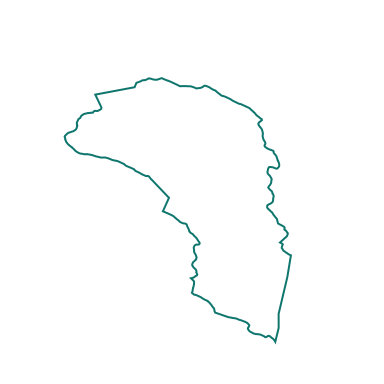 outline of San Isidro, Heredia, Costa Rica, rotated 295°
{"feature_id": "36466004B23001731443143", "entity_name": "San Isidro", "entity_type": "district", "adm_level": 2, "iso_a3": "CRI", "parent_name": "Costa Rica", "parent_adm1": "Heredia", "projection": "equal_earth", "projection_center": [-84.042, 10.03], "detail": "fine", "context": "isolated", "style": "outline", "palette": "teal", "viewbox_px": 384, "rotation_deg": 295, "n_neighbors": 0, "source": "geoboundaries", "source_scale": "gbopen_adm2", "svg_char_len": 5947}
<svg xmlns="http://www.w3.org/2000/svg" viewBox="0 0 384 384"><g transform="rotate(295 192 192)"><path d="M239.4,63.2L230.4,74.1L229.1,74.6L227.5,73.8L227.3,73.5L225.8,72.5L225.0,71.1L224.8,70.4L224.3,69.4L223.3,68.8L222.4,68.8L221.9,68.5L221.5,67.6L220.9,66.8L220.9,66.4L220.0,65.4L220.0,65.1L219.2,63.7L218.9,63.5L217.1,61.2L215.6,60.2L215.1,60.0L214.7,59.6L214.2,59.6L213.7,59.4L212.0,59.4L210.0,58.3L206.1,58.3L205.0,59.0L204.7,59.1L204.2,59.4L204.1,59.7L203.5,59.8L203.2,60.2L202.0,60.2L201.5,60.4L199.8,60.4L197.2,59.0L196.0,57.7L194.9,56.6L194.7,56.3L194.2,55.9L193.5,55.0L192.3,54.3L189.3,53.2L188.4,53.2L188.1,53.6L187.8,53.6L186.6,54.7L186.3,54.7L185.9,55.2L185.6,55.3L185.3,55.8L185.1,56.0L184.0,57.2L183.7,58.1L183.3,58.5L182.7,60.1L182.6,60.8L182.3,61.4L182.3,61.8L182.1,62.3L182.0,63.0L181.8,64.0L181.8,64.4L181.5,64.7L181.1,66.3L179.9,69.2L179.9,69.9L179.7,70.4L179.5,73.4L179.8,75.2L180.4,76.8L180.6,78.2L181.2,79.5L181.6,80.0L181.7,80.7L182.1,81.2L182.1,81.6L182.8,83.6L182.8,84.4L183.0,84.9L183.3,86.3L183.6,88.7L183.6,89.4L184.1,91.6L184.6,94.3L185.0,95.6L185.5,96.5L186.7,99.1L187.1,101.6L187.2,103.1L187.3,103.3L187.3,106.3L187.7,107.6L187.7,108.4L188.3,109.9L188.3,110.7L188.4,110.9L188.6,111.9L188.6,118.3L188.3,119.7L188.0,120.2L188.0,120.9L187.9,121.1L187.9,123.4L188.0,124.1L188.0,125.2L188.1,125.5L188.1,129.6L188.1,129.9L187.7,130.4L187.7,130.8L187.3,131.5L187.2,132.1L187.2,136.3L186.9,138.8L187.0,143.6L187.7,145.1L187.9,145.2L187.9,146.4L186.2,149.7L186.2,150.1L177.0,173.6L162.2,173.8L162.4,179.5L162.4,184.5L162.2,185.6L160.8,190.3L160.7,191.2L160.3,192.7L160.0,192.9L159.8,194.0L159.8,196.9L160.1,198.0L160.4,198.7L160.5,199.3L160.5,200.3L160.2,201.0L159.8,201.3L158.7,202.5L158.4,202.7L158.2,203.1L157.4,204.0L157.3,204.3L155.7,205.8L155.4,206.4L155.2,206.4L155.2,206.6L154.8,206.9L154.3,208.3L154.2,210.3L153.9,211.1L153.7,211.4L153.1,212.6L152.7,214.1L152.1,215.4L152.1,215.6L150.1,218.7L149.7,219.6L148.9,220.6L148.3,220.7L147.2,220.3L146.7,219.4L146.2,218.1L144.7,217.0L142.4,217.0L140.0,218.6L139.1,218.9L138.2,219.6L136.9,221.6L134.6,223.9L133.3,223.9L132.9,224.2L132.2,224.1L131.6,223.7L130.4,223.4L129.1,222.7L126.7,222.7L125.6,223.2L125.2,223.9L124.9,224.2L124.1,225.8L123.4,228.0L123.0,228.7L121.9,229.6L121.7,229.6L121.3,229.9L120.9,229.9L120.3,230.7L119.3,231.7L118.4,231.7L117.5,230.9L115.1,229.6L113.4,227.5L112.1,231.2L111.7,231.6L111.4,231.8L111.0,232.1L109.2,232.8L106.8,233.4L105.7,233.4L105.0,233.7L104.3,233.7L104.0,233.9L102.4,234.4L100.6,234.5L100.3,235.3L100.2,236.2L99.9,237.0L99.9,237.7L100.2,238.3L100.4,240.1L100.4,244.2L100.3,245.1L100.1,246.2L99.8,248.7L99.9,252.2L99.8,252.5L99.6,252.6L99.3,253.9L98.7,255.4L97.7,257.5L97.4,258.0L97.0,258.5L96.4,259.8L96.1,260.2L96.1,260.5L95.3,261.6L93.4,262.9L92.5,264.0L93.9,277.7L96.1,285.9L96.1,288.5L96.5,290.6L96.5,291.4L96.6,292.0L96.7,294.2L96.8,294.5L96.8,296.8L96.6,297.1L96.6,297.5L96.5,298.0L96.3,298.2L96.3,298.6L95.5,300.2L95.0,300.4L93.3,300.4L93.1,300.2L92.2,300.2L91.5,300.6L90.6,302.0L90.0,303.5L89.8,308.0L90.1,309.0L90.1,309.4L90.5,310.7L90.8,311.1L91.0,312.2L91.2,312.4L91.7,314.3L91.7,318.4L91.6,318.8L91.4,319.4L91.4,319.8L91.6,320.3L93.0,321.3L93.4,321.8L93.7,321.8L94.0,322.2L94.2,322.8L94.2,323.5L93.5,325.9L93.2,327.6L92.4,329.5L92.2,329.7L91.4,330.8L105.4,328.0L118.2,322.0L155.4,314.3L176.4,308.4L176.4,305.8L176.8,303.8L176.9,302.4L177.2,301.7L177.3,300.5L177.5,299.6L178.7,297.9L179.2,297.0L179.9,296.7L182.9,296.4L183.3,295.0L183.4,293.1L192.0,296.7L194.1,296.6L195.1,296.3L195.3,295.7L196.6,293.7L197.0,291.6L198.7,291.1L198.9,291.0L199.2,290.3L199.4,289.9L199.7,286.6L199.7,285.0L199.9,283.2L203.4,280.4L204.3,278.5L206.0,275.1L206.8,274.1L207.4,273.0L207.5,272.3L208.7,269.0L209.0,267.7L209.4,267.2L210.1,266.4L211.2,266.0L211.9,266.0L212.0,266.2L213.2,266.7L213.9,267.5L215.7,268.7L217.2,269.3L218.0,269.2L218.8,268.9L219.2,268.9L220.3,268.3L222.5,267.9L224.1,266.7L224.4,266.2L224.4,265.8L225.0,265.4L225.3,265.1L226.0,264.5L226.6,263.5L226.7,262.8L227.1,261.5L227.8,260.1L227.9,259.7L228.4,259.2L229.5,259.2L231.3,259.7L233.3,259.9L234.7,259.6L235.5,259.2L237.5,258.7L239.5,255.9L240.3,253.7L241.0,252.5L242.4,251.8L243.1,251.7L244.9,251.2L246.9,251.2L247.4,251.7L247.9,252.8L248.4,254.3L248.6,255.4L248.7,257.8L248.8,258.7L249.1,259.1L249.7,259.5L251.2,260.0L252.6,260.0L254.3,259.1L255.5,258.1L255.9,257.4L256.1,257.4L256.5,257.0L257.1,256.0L257.3,256.0L258.8,254.5L259.7,253.9L260.8,252.2L261.7,250.0L262.4,249.2L263.2,248.9L263.4,248.7L263.6,248.2L263.6,246.0L263.5,245.9L263.3,244.0L263.3,242.1L263.7,239.6L264.2,238.5L265.0,238.0L266.6,238.1L267.2,237.9L267.7,237.5L268.3,236.8L269.9,234.5L271.6,233.0L272.5,232.4L275.1,231.5L275.2,231.3L276.0,230.8L277.5,229.6L278.2,228.9L278.8,228.0L279.8,226.0L279.8,225.8L280.8,224.2L281.1,223.8L281.5,223.7L281.9,223.3L283.3,223.3L286.6,225.0L287.5,224.4L287.5,223.6L288.0,221.5L288.3,220.7L288.6,218.9L289.1,217.4L289.7,216.4L290.0,215.7L290.0,215.4L290.3,215.0L290.4,214.4L290.5,214.3L290.5,213.9L290.9,213.1L291.6,210.5L292.2,209.0L292.3,208.4L292.3,199.2L291.9,197.7L291.8,195.6L291.9,195.1L291.9,190.6L292.3,188.1L292.4,187.7L292.4,182.0L292.2,179.9L291.9,178.8L291.9,177.6L292.0,177.0L292.1,176.9L292.6,175.1L292.6,174.6L293.5,171.2L293.7,170.8L293.8,169.9L293.7,167.1L294.0,164.7L294.2,164.1L294.2,161.2L294.0,159.3L293.6,158.4L293.0,157.9L291.5,157.2L291.2,156.8L290.4,156.2L289.6,155.2L288.3,153.1L287.9,152.6L287.7,152.1L287.7,149.9L287.3,146.4L286.2,143.7L285.9,143.1L285.4,141.8L284.2,139.3L284.0,138.6L283.5,137.8L282.8,136.3L282.8,134.4L282.9,134.1L282.9,125.1L282.8,124.8L282.8,123.3L282.6,123.0L282.6,121.1L282.5,120.8L282.5,120.1L282.4,119.7L282.4,116.7L282.2,116.2L279.2,113.1L278.5,112.0L277.7,109.7L277.4,107.9L277.4,107.1L277.0,105.8L277.0,105.4L276.6,105.0L276.4,104.5L275.7,104.1L273.9,102.6L272.7,100.8L272.7,100.4L272.1,99.7L270.9,98.9L268.3,96.4L267.5,95.5L262.7,95.7L239.4,63.2Z" fill="none" stroke="#0f766e" stroke-width="2"/></g></svg>